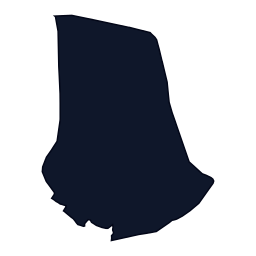 the district of Nihm, Sana'a, Yemen
{"feature_id": "15242507B22089768415727", "entity_name": "Nihm", "entity_type": "district", "adm_level": 2, "iso_a3": "YEM", "parent_name": "Yemen", "parent_adm1": "Sana'a", "projection": "mercator", "projection_center": [44.482, 15.752], "detail": "fine", "context": "isolated", "style": "filled", "palette": "ink", "viewbox_px": 256, "rotation_deg": 0, "n_neighbors": 0, "source": "geoboundaries", "source_scale": "gbopen_adm2", "svg_char_len": 2343}
<svg xmlns="http://www.w3.org/2000/svg" viewBox="0 0 256 256"><path d="M63.5,210.9L64.2,211.3L65.8,212.7L68.2,214.7L69.7,215.9L70.0,216.2L71.1,217.1L73.0,218.5L73.4,218.8L74.5,220.2L74.7,220.4L75.4,221.4L76.4,222.8L76.9,223.4L78.0,224.6L78.5,224.7L79.2,224.9L80.2,225.2L80.9,225.4L81.1,225.5L83.5,226.3L84.6,226.0L84.6,224.9L84.6,223.7L88.1,219.6L89.0,219.8L90.3,219.9L91.5,222.2L91.6,222.3L93.7,223.6L96.4,225.4L100.8,227.0L101.8,227.4L105.9,228.3L107.9,228.3L112.6,224.7L112.7,225.4L113.0,226.9L113.0,227.8L112.8,228.6L112.7,229.5L112.7,230.0L112.9,230.9L113.3,231.5L113.4,232.1L113.5,232.5L113.3,233.5L112.8,234.5L112.2,235.0L111.6,235.5L111.6,236.6L111.7,238.1L111.4,240.5L138.6,234.5L141.0,234.1L141.8,234.0L146.3,233.3L149.0,232.8L149.9,232.7L154.5,231.8L156.3,231.5L169.2,222.6L172.0,220.3L172.3,220.2L173.5,220.0L175.7,219.4L177.0,218.9L182.4,216.0L190.0,210.7L194.5,206.9L198.8,203.3L208.7,189.3L213.0,183.3L213.7,181.0L213.3,180.3L212.9,179.2L211.1,177.7L206.2,175.3L202.2,173.8L196.3,168.4L189.1,161.9L176.8,126.3L174.7,120.1L172.1,112.7L169.1,102.3L168.3,94.5L167.1,82.1L162.1,61.3L161.9,60.8L159.1,49.1L157.8,44.4L156.6,39.8L154.9,37.3L151.4,34.0L150.1,32.6L135.6,29.0L129.4,27.4L129.3,27.5L111.0,23.6L94.2,20.0L71.8,15.4L54.8,16.1L55.5,16.7L56.4,21.9L58.1,31.3L58.8,66.3L59.3,76.1L59.4,78.4L60.1,93.7L60.2,102.9L60.2,115.9L60.2,119.1L60.1,120.4L57.2,140.6L57.1,141.3L53.4,147.0L51.2,150.5L50.8,151.0L46.4,157.3L46.0,158.5L45.5,159.6L43.9,163.8L43.7,164.3L42.7,166.9L42.5,169.4L42.5,169.5L42.3,171.7L46.2,181.2L46.3,181.4L47.3,182.8L48.3,184.1L54.4,192.5L54.4,194.2L52.5,197.1L51.7,198.3L51.9,198.4L52.3,198.7L52.7,198.9L53.0,199.1L53.3,199.3L53.6,199.5L54.0,199.8L54.3,200.0L54.5,200.1L54.7,200.3L55.1,200.6L55.4,200.9L55.7,201.1L56.0,201.3L56.2,201.5L56.4,201.6L56.8,201.7L56.8,201.8L57.2,202.0L57.4,202.1L57.8,202.3L58.1,202.5L58.5,202.7L58.8,203.0L59.3,203.3L59.5,203.5L59.9,203.7L60.2,204.0L60.6,204.1L60.9,204.1L61.3,204.2L61.6,204.3L61.9,204.4L62.3,204.5L62.6,204.6L62.9,204.7L63.3,204.9L63.7,205.0L64.1,205.1L64.4,205.2L64.8,205.3L65.2,205.4L65.5,205.5L65.8,205.5L66.2,205.6L66.3,205.7L66.3,205.9L66.2,206.2L66.0,206.5L65.8,206.8L65.6,207.2L65.5,207.6L65.7,207.8L65.3,208.0L65.1,208.3L64.9,208.6L64.7,208.9L64.4,209.3L64.2,209.7L64.0,210.1L63.6,210.7L63.5,210.9Z" fill="#0f172a" stroke="#020617" stroke-width="1.5"/></svg>